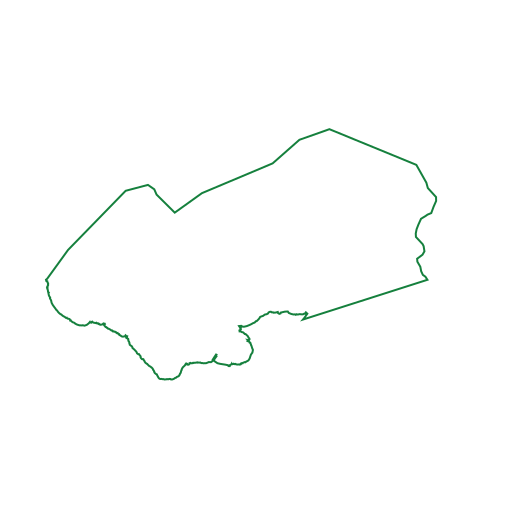 outline of Ordome, Palau, rotated 43°
{"feature_id": "81905179B69517244030983", "entity_name": "Ordome", "entity_type": "district", "adm_level": 2, "iso_a3": "PLW", "parent_name": "Palau", "parent_adm1": "", "projection": "albers", "projection_center": [134.556, 7.371], "detail": "fine", "context": "isolated", "style": "outline", "palette": "green", "viewbox_px": 512, "rotation_deg": 43, "n_neighbors": 0, "source": "geoboundaries", "source_scale": "gbopen_adm2", "svg_char_len": 6135}
<svg xmlns="http://www.w3.org/2000/svg" viewBox="0 0 512 512"><g transform="rotate(43 256 256)"><path d="M118.6,416.6L119.8,417.3L120.6,416.8L121.1,417.2L121.7,417.6L122.6,417.7L123.0,418.4L123.3,418.5L123.6,419.1L123.9,419.2L124.2,420.0L124.1,420.3L124.5,421.4L125.4,421.5L125.5,422.2L126.9,422.8L128.2,423.9L129.3,424.1L129.2,424.5L131.3,426.0L132.2,426.4L133.3,426.7L133.7,426.7L134.2,427.5L136.4,428.2L138.4,429.6L140.7,430.4L143.2,430.9L145.5,431.3L146.4,431.6L147.5,431.5L149.4,431.9L150.9,432.0L152.8,431.9L153.5,431.5L154.9,431.6L156.2,431.4L157.5,431.0L159.1,430.9L159.7,430.2L160.1,430.4L160.9,430.3L161.6,429.8L162.4,429.4L162.9,429.3L164.1,429.9L164.4,429.4L165.1,429.6L167.0,429.5L168.1,429.0L168.9,428.7L169.7,428.8L170.9,428.5L171.9,428.2L174.2,427.1L176.3,425.2L176.5,424.8L178.1,423.9L179.2,421.8L179.6,419.3L179.5,417.5L180.1,417.7L180.3,417.4L180.9,417.2L180.8,416.3L181.3,416.1L181.3,415.7L181.9,415.8L182.7,415.5L184.3,414.5L184.6,414.0L184.8,414.2L186.2,413.4L186.2,413.0L187.1,412.7L187.5,413.0L188.0,412.8L188.2,412.5L189.0,412.5L189.9,411.4L190.3,410.8L190.4,409.5L190.8,409.5L191.0,409.3L191.4,409.0L191.5,408.7L191.9,408.8L191.8,409.6L192.1,410.2L192.6,410.3L193.0,410.3L193.6,410.4L194.4,410.5L195.0,410.1L195.7,410.3L196.3,409.9L197.2,410.1L198.1,409.6L199.2,409.3L199.9,409.2L201.0,409.1L201.4,408.6L201.9,408.5L202.1,408.7L202.7,408.8L203.3,408.2L203.8,408.1L204.2,407.7L204.5,407.7L205.0,407.3L205.7,407.2L206.0,407.4L206.4,407.3L206.9,407.3L207.1,407.1L207.3,406.7L207.5,406.8L207.8,406.8L208.7,406.9L209.2,406.5L209.6,406.8L209.9,406.9L210.0,406.7L210.6,406.7L211.3,406.5L212.0,406.5L212.4,406.4L213.1,406.2L213.8,405.6L214.7,404.4L214.8,403.8L214.8,403.4L214.7,403.0L215.4,403.0L215.7,403.3L216.1,403.3L216.2,402.8L216.5,402.6L217.0,403.7L216.8,404.2L217.3,404.4L217.6,404.2L217.5,403.7L218.0,403.9L218.7,403.9L219.0,403.8L219.3,403.9L219.5,404.3L219.9,404.5L220.3,404.9L221.1,405.3L221.4,405.2L222.5,405.7L223.1,406.4L223.8,406.6L224.2,407.0L225.6,406.9L226.6,406.7L227.7,407.0L228.4,407.5L230.6,407.4L233.8,407.6L235.4,408.3L236.9,408.1L237.3,407.6L238.7,407.9L239.8,408.0L240.2,408.2L240.6,408.8L241.4,409.1L242.9,409.2L243.6,408.7L243.7,408.4L244.2,408.3L244.5,408.5L245.3,408.8L246.2,408.9L246.6,409.2L247.9,409.5L249.7,409.3L250.0,409.1L250.5,409.2L252.7,409.3L254.6,408.8L255.3,408.9L255.9,408.7L256.3,408.8L257.0,408.8L258.0,409.1L258.2,409.4L258.8,409.4L259.4,409.5L260.1,409.9L260.4,409.9L260.6,410.2L261.4,410.5L261.9,410.6L263.4,410.5L264.3,410.2L264.9,410.6L265.5,410.7L266.3,411.1L266.6,411.1L267.3,411.4L268.2,411.6L268.8,411.6L269.3,411.5L269.9,411.2L270.2,410.9L270.9,410.2L271.5,409.9L271.9,409.6L272.2,409.3L272.5,409.0L273.2,408.8L274.3,407.6L274.5,407.3L274.9,406.9L274.9,406.7L276.0,405.9L276.2,405.4L276.5,405.0L276.9,404.6L277.4,404.3L277.7,404.4L278.0,404.2L278.7,403.7L279.0,403.3L279.4,402.5L279.9,401.3L279.9,400.8L280.1,400.2L280.5,399.6L280.6,398.4L281.3,396.9L281.4,396.2L281.2,395.7L281.2,394.8L280.9,394.4L280.6,393.7L280.7,393.3L280.6,392.8L279.5,390.8L279.4,390.1L279.0,389.7L278.9,389.3L278.8,389.1L278.8,388.7L278.6,388.4L278.4,387.3L278.6,384.6L278.6,384.0L278.3,383.6L278.2,382.2L278.7,382.0L278.8,382.5L279.6,382.3L280.1,382.1L280.6,381.7L280.9,381.2L280.9,380.7L280.8,380.0L280.5,379.7L280.7,379.3L281.2,379.1L281.2,378.8L281.7,378.7L282.4,378.1L282.8,377.0L283.3,376.8L283.3,376.6L284.9,374.9L285.5,373.9L285.9,373.9L286.2,373.4L286.7,373.1L287.5,372.4L287.9,371.9L288.5,371.8L289.3,371.4L289.5,371.1L290.0,370.7L290.6,370.4L291.9,369.1L292.7,368.3L293.0,367.6L293.4,366.8L293.8,365.8L294.5,365.2L295.5,364.3L295.9,362.4L295.5,361.9L295.1,361.6L294.4,357.9L294.0,355.3L294.4,355.2L294.6,356.5L295.5,356.4L295.8,358.9L296.2,361.1L296.8,361.2L297.7,361.2L300.9,360.7L303.2,359.4L305.6,357.8L306.3,357.3L308.1,356.1L309.0,355.6L309.6,355.2L310.0,355.2L310.3,355.0L310.9,355.2L311.2,355.1L311.6,354.7L311.8,354.5L311.3,353.9L311.5,353.7L311.4,353.5L311.7,352.7L311.8,351.9L311.7,351.5L311.9,351.6L312.5,351.3L312.8,350.7L313.0,350.2L313.3,350.2L313.7,349.8L314.2,349.6L314.3,349.2L314.6,348.9L314.9,349.0L315.5,348.7L316.3,348.2L317.3,347.1L317.7,346.9L318.0,346.7L318.2,346.3L318.7,345.8L318.7,345.1L318.3,345.1L318.4,344.4L318.9,343.8L319.3,343.6L319.2,343.3L320.1,341.3L320.7,341.0L320.9,339.8L321.1,339.3L321.6,337.9L321.6,336.9L321.2,335.2L320.5,333.7L319.6,331.7L319.3,329.9L319.3,329.2L318.0,327.1L317.4,326.5L316.6,326.3L313.6,324.6L313.0,324.5L312.6,324.1L312.2,324.0L311.8,323.8L311.3,323.4L310.7,323.3L310.3,323.4L310.2,323.6L309.8,323.4L309.5,323.4L308.9,323.2L308.7,323.5L308.1,323.9L307.7,324.0L307.6,323.5L307.8,323.1L307.6,322.9L307.4,322.9L308.1,322.4L308.2,322.0L308.1,321.4L307.5,320.9L306.3,320.8L304.6,320.2L303.0,320.2L301.6,320.2L301.0,320.7L299.0,320.6L298.3,320.8L297.6,321.3L296.9,321.5L296.3,321.6L295.7,321.9L295.4,322.3L294.6,321.7L294.9,320.8L295.0,320.0L294.8,319.7L294.5,319.7L294.1,319.8L293.3,319.2L292.7,319.0L292.1,319.0L291.4,318.8L292.0,318.1L292.1,318.4L293.0,318.6L293.5,318.4L293.6,318.0L293.4,317.6L292.9,317.4L293.2,317.0L293.9,317.1L295.4,316.0L297.1,313.5L298.4,310.7L299.1,308.9L299.6,307.2L300.4,305.6L300.4,303.8L300.9,303.2L301.0,301.5L301.0,300.4L301.0,299.5L300.6,297.8L301.0,296.8L302.0,295.0L302.4,292.8L303.5,291.3L304.0,289.8L303.7,288.8L304.0,287.7L304.9,286.6L306.1,286.4L306.8,285.6L307.5,285.5L309.0,283.9L310.1,282.1L311.0,282.7L312.5,282.4L313.1,281.3L312.7,280.5L315.0,277.1L316.4,275.6L317.1,274.9L318.8,275.3L321.4,274.3L323.3,273.2L324.1,272.3L325.2,271.9L325.2,271.1L326.5,270.3L327.6,268.7L328.6,268.0L330.1,266.7L330.5,265.5L331.1,264.9L330.9,263.2L332.9,263.2L333.1,264.8L333.6,268.5L333.7,270.4L397.6,156.5L394.0,155.6L390.9,156.0L387.2,154.5L383.5,151.8L377.9,150.1L375.7,148.1L376.9,141.5L376.0,137.7L371.9,134.5L369.8,133.7L360.0,133.0L357.5,130.6L355.2,126.9L353.4,122.4L351.3,116.2L352.8,110.9L353.2,108.8L354.9,105.1L352.3,98.9L350.2,92.9L347.5,90.1L335.3,89.1L330.6,86.2L311.1,80.0L223.2,113.2L208.5,141.4L205.0,176.9L173.6,246.9L167.0,279.7L141.4,278.9L136.1,276.6L128.5,277.7L116.2,297.2L114.4,379.7L118.8,415.1L118.6,416.6Z" fill="none" stroke="#15803d" stroke-width="2"/></g></svg>